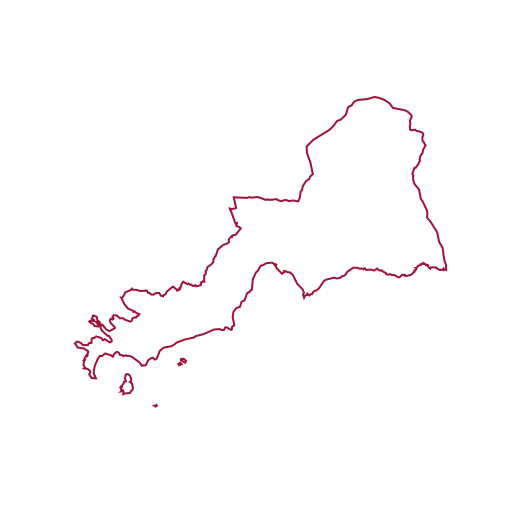 Bunda, Mara, United Republic of Tanzania, rotated 334°
{"feature_id": "72390352B35806479810351", "entity_name": "Bunda", "entity_type": "district", "adm_level": 2, "iso_a3": "TZA", "parent_name": "United Republic of Tanzania", "parent_adm1": "Mara", "projection": "orthographic", "projection_center": [33.643, -2.036], "detail": "fine", "context": "isolated", "style": "outline", "palette": "rose", "viewbox_px": 512, "rotation_deg": 334, "n_neighbors": 0, "source": "geoboundaries", "source_scale": "gbopen_adm2", "svg_char_len": 6044}
<svg xmlns="http://www.w3.org/2000/svg" viewBox="0 0 512 512"><g transform="rotate(334 256 256)"><path d="M432.2,165.0L424.8,163.8L417.5,160.9L413.3,160.2L411.0,160.7L408.0,162.5L404.0,162.6L398.8,168.4L392.2,170.6L387.9,170.2L383.0,172.9L376.9,174.9L358.7,176.6L349.5,179.8L347.0,185.6L345.8,196.2L343.0,207.3L339.3,208.4L337.6,210.1L333.6,210.7L328.8,213.7L326.2,216.9L324.5,217.5L321.0,222.7L317.9,225.5L314.1,222.6L309.4,220.9L307.8,219.0L305.6,218.1L302.6,217.8L299.8,215.0L299.7,214.2L298.0,213.3L295.6,212.7L292.0,211.1L291.8,210.4L289.1,209.7L285.5,205.6L282.7,203.4L277.4,201.6L276.0,200.2L273.5,199.9L261.7,193.5L259.2,204.1L257.4,204.0L253.8,202.6L253.3,201.9L253.0,202.9L253.1,206.3L251.8,217.2L251.8,217.9L253.3,218.0L251.5,220.4L253.7,222.7L254.4,224.5L247.0,228.1L244.1,227.2L242.8,228.3L242.5,227.6L239.5,228.8L238.4,229.8L237.8,231.7L235.6,232.1L231.2,231.7L224.8,233.3L219.6,238.5L218.8,238.4L217.3,239.9L216.5,240.0L215.1,242.6L211.7,244.1L207.4,244.7L206.4,246.2L203.9,247.7L203.6,249.2L202.4,250.4L200.8,250.8L198.3,256.3L197.6,255.3L196.7,255.9L195.0,255.7L195.0,256.4L193.5,258.0L189.6,257.3L188.8,256.9L188.6,255.6L186.8,255.6L185.9,255.0L185.4,253.4L183.8,252.5L183.2,251.0L181.8,251.2L179.3,247.2L176.9,248.5L174.9,250.8L173.2,251.3L172.4,252.0L172.9,252.5L172.0,252.8L169.9,252.5L170.3,251.4L169.3,250.4L168.3,247.4L167.5,247.1L160.4,248.9L157.7,250.8L155.2,250.7L154.8,251.4L153.1,250.0L152.8,246.8L149.8,245.5L146.6,245.7L144.6,244.3L144.1,242.5L142.8,241.8L142.8,239.4L141.9,238.6L140.5,238.5L136.2,236.4L133.6,234.0L130.6,232.4L130.2,230.9L128.5,231.7L122.5,231.3L120.0,233.6L117.1,235.0L116.6,234.5L116.6,241.9L118.1,247.4L121.3,251.2L121.3,252.5L122.4,252.4L123.6,254.9L125.7,257.1L123.8,258.1L122.6,257.8L121.2,258.8L120.1,257.9L117.7,257.9L115.8,259.8L114.1,259.8L110.2,255.7L109.2,253.7L106.3,252.3L105.0,248.7L102.4,246.8L100.3,247.7L100.6,249.7L100.1,250.2L99.2,250.3L97.9,248.7L96.4,249.7L96.0,252.4L97.9,258.3L97.5,259.0L91.4,259.3L89.2,256.5L87.9,250.7L86.6,250.8L86.3,246.1L85.2,244.3L86.2,240.8L83.9,238.2L83.1,238.1L82.2,239.8L80.8,240.4L82.5,243.0L82.2,243.4L78.4,241.6L77.4,241.8L77.4,242.3L79.8,246.0L80.2,248.1L83.2,250.2L84.3,249.3L83.3,245.2L84.8,245.7L85.2,249.6L84.6,255.0L87.5,262.5L88.9,263.6L89.5,268.4L88.8,269.5L86.8,269.7L83.6,264.3L81.5,264.7L80.9,261.7L77.0,258.2L74.3,258.9L73.9,258.3L72.3,258.1L69.9,262.0L67.6,261.1L65.8,262.5L61.3,260.0L60.6,257.6L58.4,254.8L57.7,254.5L55.0,255.1L55.6,260.0L59.1,262.7L60.4,263.1L63.4,268.0L62.3,269.7L60.0,270.9L60.8,271.6L59.6,272.2L58.3,272.0L57.1,272.8L56.4,273.6L56.8,274.2L55.4,274.5L55.7,274.9L53.1,278.2L53.5,281.2L52.1,281.6L55.2,283.7L56.5,286.6L56.1,287.8L54.2,289.2L54.8,293.7L58.5,295.8L58.7,290.8L60.2,287.4L63.7,283.4L69.2,278.7L72.0,277.4L73.7,278.4L77.7,277.5L82.4,282.0L82.9,283.6L83.5,283.8L84.9,282.2L86.7,281.5L88.7,281.2L89.9,282.0L90.4,283.5L90.3,285.2L92.4,286.6L92.7,287.7L95.5,288.2L96.3,289.4L97.6,289.8L100.3,292.2L104.9,301.2L105.3,304.7L106.6,304.7L108.1,305.7L109.1,305.8L113.3,302.5L116.0,301.9L118.7,302.2L119.7,304.8L121.7,304.8L127.9,299.1L132.8,297.9L139.8,299.9L143.5,299.8L147.1,299.0L156.2,300.0L164.2,302.0L167.0,301.6L174.3,303.2L186.1,303.7L191.0,305.6L192.7,307.4L194.6,308.5L197.1,306.7L197.9,307.1L198.8,307.6L200.0,310.0L201.4,311.5L202.2,311.4L203.1,309.3L206.2,308.7L208.2,300.7L211.3,296.3L215.2,294.3L219.4,294.6L222.6,291.1L223.5,290.7L225.7,291.0L226.8,290.4L231.2,285.9L233.1,285.3L234.3,285.6L236.2,284.5L237.4,284.6L243.0,275.5L248.9,270.7L251.3,270.1L254.6,267.6L256.5,266.9L258.6,267.3L261.9,267.0L267.1,268.8L268.4,270.2L268.9,272.6L270.5,271.2L269.5,272.4L270.1,272.8L269.5,273.2L269.3,276.2L271.6,283.4L275.0,282.7L274.7,281.9L275.4,282.0L277.4,284.5L279.3,285.6L280.8,289.1L280.9,299.0L283.2,306.4L283.1,310.0L281.4,311.1L280.9,314.6L282.7,313.2L284.1,313.0L284.9,313.5L285.7,312.4L286.7,314.9L288.4,314.3L289.6,314.9L291.8,313.4L293.7,312.9L295.1,313.5L298.6,312.6L305.9,308.3L308.4,308.0L316.5,309.6L318.4,311.4L321.8,312.6L325.0,311.9L326.4,312.4L328.1,312.1L331.2,310.2L338.4,309.2L342.0,311.0L343.7,313.1L345.7,313.6L346.7,314.9L347.6,314.5L348.4,314.8L348.8,316.7L353.2,318.6L355.8,320.9L359.4,320.4L359.9,322.1L361.4,323.7L362.7,323.9L363.0,325.3L365.3,328.3L365.0,329.4L366.7,330.8L368.8,331.1L369.4,332.3L372.5,334.2L374.2,337.2L375.5,338.0L379.2,337.0L379.8,337.8L380.9,337.7L381.6,338.4L381.4,339.3L382.7,339.9L385.9,340.7L388.8,340.6L390.5,339.6L391.5,339.7L391.8,338.5L392.8,338.9L394.6,337.9L394.3,336.9L394.9,337.2L397.3,335.8L398.8,336.1L400.3,335.6L400.4,336.2L402.0,335.7L404.1,337.3L404.1,336.7L404.7,337.6L404.6,338.7L406.3,339.1L406.7,340.0L406.0,340.5L406.1,341.8L407.1,343.8L408.1,342.9L410.8,344.1L413.2,345.6L413.0,346.3L415.1,349.2L418.0,350.1L418.7,349.7L418.5,350.5L419.3,350.1L419.7,351.2L420.5,351.1L420.9,351.8L423.0,347.1L423.2,343.5L424.5,338.6L427.3,330.6L426.8,323.7L429.2,313.9L428.0,302.6L426.6,296.6L428.8,292.6L429.6,289.8L429.7,280.2L429.2,276.9L431.7,267.6L430.1,261.2L430.4,257.4L431.8,253.6L432.7,253.0L432.4,250.9L433.6,249.6L437.2,246.2L438.2,246.8L439.8,245.6L441.9,245.0L442.9,243.6L445.0,242.4L445.7,240.5L447.9,237.9L450.7,236.5L452.6,233.9L457.0,230.8L456.6,229.6L456.8,227.5L456.1,225.8L457.3,222.7L459.6,220.3L459.9,218.8L457.6,215.7L455.0,213.9L454.4,212.2L450.7,211.1L449.9,209.8L451.3,206.5L452.8,204.8L453.8,201.7L457.0,199.2L457.4,197.4L455.8,193.2L453.9,190.5L443.9,182.8L443.0,177.2L439.6,171.8L435.7,167.6L432.2,165.0ZM89.7,306.7L88.2,305.5L87.0,305.5L84.6,308.5L84.3,311.7L82.2,311.2L81.1,312.5L78.8,313.7L78.5,314.5L77.5,314.1L76.6,314.6L77.5,315.2L76.1,317.0L77.2,318.1L75.5,318.6L77.2,319.1L77.4,320.0L76.1,322.0L77.9,322.1L82.8,323.9L84.3,322.6L85.9,322.3L87.5,320.8L88.7,316.3L87.4,314.0L88.9,313.8L90.0,311.5L90.2,308.6L89.7,306.7ZM144.6,315.9L143.3,315.9L142.8,317.0L145.6,320.9L147.2,319.6L146.0,316.7L145.3,316.8L144.6,315.9ZM141.1,318.7L138.9,319.0L138.9,320.5L141.7,320.7L141.1,318.7ZM99.1,346.1L99.7,347.3L101.3,347.1L101.1,346.2L100.3,346.6L99.1,346.1Z" fill="none" stroke="#9f1239" stroke-width="2"/></g></svg>